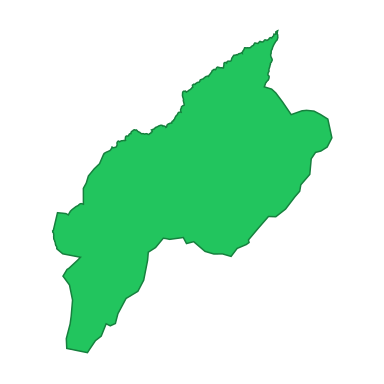 Bulgan, Bayan-Ölgiy, Mongolia (Robinson projection), rotated 92°
{"feature_id": "93677404B54665990627190", "entity_name": "Bulgan", "entity_type": "district", "adm_level": 2, "iso_a3": "MNG", "parent_name": "Mongolia", "parent_adm1": "Bayan-Ölgiy", "projection": "robinson", "projection_center": [90.814, 47.037], "detail": "fine", "context": "isolated", "style": "filled", "palette": "green", "viewbox_px": 384, "rotation_deg": 92, "n_neighbors": 0, "source": "geoboundaries", "source_scale": "gbopen_adm2", "svg_char_len": 5885}
<svg xmlns="http://www.w3.org/2000/svg" viewBox="0 0 384 384"><g transform="rotate(92 192 192)"><path d="M242.6,135.9L240.5,133.2L237.9,133.9L225.5,124.2L213.8,114.7L213.8,107.4L205.8,97.9L193.2,89.0L187.5,84.4L181.0,83.5L170.3,74.9L154.6,74.0L148.1,69.9L146.6,64.7L142.4,58.5L133.0,54.1L114.4,58.8L110.1,66.2L106.9,72.9L106.4,80.3L107.0,84.9L111.2,95.6L98.8,104.7L90.1,111.7L86.4,116.0L84.4,123.4L81.9,122.6L80.2,122.1L79.8,121.6L79.2,121.4L78.9,121.0L78.0,120.4L77.6,119.8L76.0,119.1L75.1,119.1L74.6,118.9L74.0,118.9L73.6,119.1L73.0,119.4L72.7,120.0L72.2,120.2L71.3,120.2L69.8,119.9L69.3,119.5L68.6,119.2L67.9,119.3L67.5,119.5L65.9,119.2L64.3,118.7L62.5,118.4L61.9,118.1L60.9,118.2L60.4,118.0L59.6,117.3L57.3,116.4L56.2,116.7L54.1,117.8L53.0,118.1L51.5,118.2L51.1,117.8L48.0,117.7L46.3,116.8L44.7,116.5L41.8,115.3L38.5,113.5L37.6,112.7L37.0,112.2L35.9,111.9L34.6,111.6L33.2,111.8L32.4,111.8L31.9,111.9L31.3,112.2L30.8,112.4L28.4,112.2L27.8,112.0L27.9,112.3L28.1,112.5L28.7,113.2L29.0,113.8L29.9,113.8L31.0,113.7L31.4,113.9L31.4,115.7L32.2,115.7L33.2,115.9L33.8,116.8L35.3,117.7L35.3,117.9L35.0,118.5L35.0,119.3L35.8,120.2L36.5,120.4L37.4,121.6L37.8,122.0L37.9,122.3L37.6,123.0L37.4,124.1L37.6,124.8L38.6,125.4L38.8,125.7L39.4,126.2L39.6,126.6L39.5,127.6L39.7,128.2L39.6,128.3L39.2,128.7L39.2,129.6L39.6,129.9L40.8,130.8L41.3,131.3L41.1,132.1L41.1,133.3L40.9,133.7L40.9,134.5L41.9,135.1L43.3,135.8L44.0,137.1L44.5,137.6L44.8,138.0L45.6,138.5L45.7,138.9L45.8,139.2L46.0,140.6L45.9,141.4L46.1,142.6L46.0,143.2L46.0,144.4L46.3,144.6L47.2,144.8L48.5,145.4L48.9,145.8L49.2,146.0L49.7,146.0L50.6,146.7L51.4,146.6L51.1,146.9L51.0,147.3L51.8,148.3L51.9,149.0L52.2,150.0L52.4,150.4L52.8,150.8L53.3,151.3L53.3,151.5L53.2,152.0L53.2,152.3L53.7,153.0L53.6,153.6L53.9,154.4L53.9,155.0L54.3,155.2L55.2,155.9L56.1,156.2L56.4,156.6L56.8,156.8L58.1,157.2L59.1,157.3L59.4,157.5L59.8,158.0L60.1,158.6L60.0,159.2L59.9,159.4L60.0,160.7L60.6,161.5L61.9,161.9L61.5,162.4L61.4,163.0L61.4,163.6L61.6,164.1L61.8,164.3L62.1,164.4L62.7,164.6L63.9,164.5L64.7,164.6L65.3,164.8L66.8,164.8L67.1,165.4L66.8,166.2L66.8,166.7L66.9,168.1L66.6,168.8L66.8,169.5L66.2,170.5L66.6,171.4L67.0,171.7L68.9,172.7L69.1,173.1L68.7,173.6L68.7,174.2L69.0,174.8L69.6,175.3L69.9,176.0L70.1,176.0L70.7,176.3L71.6,176.6L72.8,177.6L74.0,178.3L74.3,178.7L75.1,179.2L75.9,179.5L75.6,179.9L75.6,180.3L75.7,180.8L76.0,181.1L76.0,181.5L76.0,181.8L76.4,182.5L77.9,184.2L78.6,184.8L78.8,185.6L78.9,185.9L79.3,186.6L79.5,187.3L79.7,187.6L80.2,187.9L81.0,188.0L82.1,188.8L82.1,189.6L82.4,190.6L82.6,190.9L83.1,191.3L83.3,191.8L83.5,192.2L84.4,192.7L84.2,193.7L84.2,194.1L84.3,194.2L84.6,194.4L85.0,195.1L85.2,195.3L85.6,195.3L87.3,194.9L87.9,195.8L88.5,196.1L88.9,196.6L89.5,197.1L90.3,198.3L90.6,198.9L91.4,199.5L91.5,199.6L91.7,200.4L92.4,201.1L91.3,202.3L91.4,202.6L91.6,202.8L91.6,203.4L91.6,204.0L92.1,204.5L92.8,204.8L94.4,204.9L96.2,204.9L98.1,204.3L98.7,204.0L99.8,203.8L100.1,203.7L100.9,203.9L104.5,202.9L105.4,202.8L105.5,202.9L106.0,204.0L107.0,205.3L107.3,205.5L107.7,205.6L108.7,205.5L109.2,206.0L110.1,206.3L111.4,206.1L112.6,205.7L112.5,206.1L112.9,208.1L113.0,208.3L113.8,208.8L115.1,209.3L115.7,209.8L116.1,210.3L117.0,210.9L118.2,211.5L119.9,212.1L120.6,212.8L121.5,213.0L121.8,214.0L122.4,214.4L123.1,214.7L123.8,214.7L123.8,215.1L123.9,215.5L124.0,216.3L124.6,217.3L124.6,217.6L125.0,218.2L125.4,218.9L126.3,219.4L127.4,219.5L128.1,219.8L128.4,220.4L127.5,220.9L127.2,221.7L127.2,221.9L126.9,222.4L127.0,222.9L127.3,223.3L126.7,223.8L126.4,224.3L126.4,225.7L127.0,227.1L127.1,227.5L127.3,227.8L127.6,228.1L128.0,228.9L128.3,229.5L128.6,229.9L128.5,230.2L128.8,230.6L128.9,230.8L129.3,231.0L129.8,231.9L130.1,232.1L130.7,232.3L130.9,233.7L131.4,234.6L131.6,234.3L131.8,234.2L133.1,233.8L133.4,234.5L133.5,234.7L134.1,235.1L134.7,235.2L135.2,236.5L136.0,237.0L136.0,238.0L135.4,238.9L135.3,239.2L135.5,240.6L135.8,241.4L135.8,241.6L135.4,242.3L135.4,243.1L135.5,244.2L135.5,244.6L135.2,245.0L135.0,245.4L134.2,246.3L134.1,246.5L134.0,247.1L133.7,247.4L133.4,248.2L133.3,248.4L132.5,249.0L131.9,249.8L131.9,250.0L132.2,250.5L132.2,250.8L132.0,251.1L131.8,251.8L131.9,252.1L132.3,252.8L132.9,253.3L133.6,254.4L133.8,254.6L134.3,254.9L135.1,255.1L135.8,255.1L135.9,255.7L136.0,256.1L136.3,256.6L137.3,257.2L138.0,257.4L138.2,257.9L138.4,258.4L138.3,259.4L138.5,259.8L139.4,260.4L139.7,260.4L140.5,260.4L141.6,260.6L142.4,260.4L142.7,260.2L142.8,260.3L143.0,261.2L142.9,262.1L143.2,263.3L143.3,264.5L143.6,265.0L143.9,265.3L144.0,265.8L144.3,266.2L143.7,267.1L143.7,267.5L143.8,267.7L144.7,268.4L145.5,268.7L145.9,268.7L147.4,268.5L147.9,268.5L149.4,269.3L149.8,269.6L150.1,270.3L150.2,271.1L150.5,272.0L150.4,272.7L149.9,273.3L149.9,273.6L150.6,273.6L150.9,273.6L151.5,274.1L152.9,274.9L153.3,275.2L154.5,277.5L155.2,279.1L155.7,279.8L156.3,280.9L156.9,281.1L156.9,281.4L157.0,281.5L167.0,285.4L172.1,290.4L179.6,296.1L186.8,298.0L192.1,300.7L208.0,300.1L207.5,301.8L207.5,302.6L207.8,303.5L208.5,304.4L209.5,305.3L210.6,307.4L213.8,311.3L215.6,313.0L216.3,313.3L217.2,313.8L219.2,314.8L218.0,317.2L217.7,320.7L217.4,325.7L235.0,329.2L235.4,329.4L235.5,329.7L235.7,329.9L236.2,329.8L236.9,329.8L237.5,329.2L238.1,328.9L239.2,328.8L240.0,328.6L241.2,328.7L243.5,328.5L244.4,328.2L245.1,327.7L246.3,327.4L246.9,327.0L249.5,326.5L250.2,326.2L250.8,325.7L252.1,325.1L252.5,325.1L252.9,325.2L253.2,325.2L253.6,325.0L258.3,319.0L261.1,301.2L264.0,303.8L272.5,312.3L273.8,314.2L280.6,318.0L289.2,311.2L304.2,307.6L320.2,308.4L328.2,309.2L342.9,312.5L352.7,311.7L356.2,290.9L353.0,289.0L343.9,283.3L339.2,277.7L326.7,273.2L328.6,269.0L326.1,264.0L316.2,261.8L300.7,254.2L293.1,242.6L281.8,237.2L261.9,234.0L253.7,233.6L248.8,226.5L239.2,219.1L239.5,216.1L240.1,212.7L237.8,199.1L243.7,195.7L241.6,188.6L250.9,176.9L253.2,168.0L252.8,159.4L255.0,150.7L246.8,144.9L242.6,135.9Z" fill="#22c55e" stroke="#15803d" stroke-width="1.5"/></g></svg>